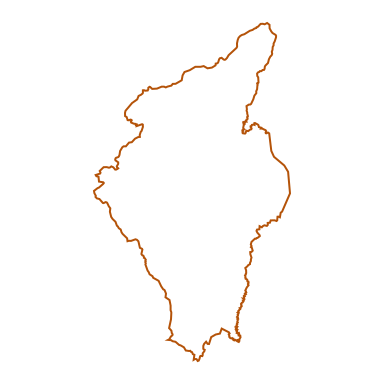 outline of Renacimiento, Chiriquí, Panama
{"feature_id": "35544464B69135506248692", "entity_name": "Renacimiento", "entity_type": "district", "adm_level": 2, "iso_a3": "PAN", "parent_name": "Panama", "parent_adm1": "Chiriquí", "projection": "natural_earth1", "projection_center": [-82.783, 8.748], "detail": "fine", "context": "isolated", "style": "outline", "palette": "amber", "viewbox_px": 384, "rotation_deg": 0, "n_neighbors": 0, "source": "geoboundaries", "source_scale": "gbopen_adm2", "svg_char_len": 6011}
<svg xmlns="http://www.w3.org/2000/svg" viewBox="0 0 384 384"><path d="M269.5,24.8L267.1,23.0L264.7,24.3L262.8,23.8L260.6,23.9L258.0,26.7L256.5,27.3L256.3,28.0L254.4,28.6L252.6,29.9L249.8,30.8L244.4,34.2L241.8,35.0L240.2,36.0L238.6,37.7L237.7,40.0L237.0,43.4L237.1,46.7L236.5,47.9L228.6,55.2L226.9,58.1L225.4,59.6L224.5,59.8L223.6,59.5L221.6,57.8L219.8,58.3L219.1,59.3L218.1,62.6L216.8,63.5L215.7,63.6L215.5,65.4L211.9,67.6L207.5,68.3L203.7,66.1L200.6,66.8L195.3,66.8L189.7,70.2L184.5,72.0L182.6,75.4L181.7,80.3L175.6,83.8L172.7,83.9L171.4,85.6L167.5,86.6L165.8,87.4L164.1,86.7L161.6,86.7L157.0,88.6L152.2,88.9L150.2,87.0L149.5,86.8L148.3,87.8L148.3,89.3L147.7,90.5L145.1,90.7L144.0,90.2L142.9,90.3L142.9,92.8L142.6,93.5L140.8,94.9L138.6,95.9L137.2,99.4L132.1,103.0L125.5,110.8L125.0,112.9L125.1,116.1L126.7,117.1L127.6,120.1L128.2,120.3L130.6,119.6L131.5,119.9L131.7,120.5L130.8,121.7L131.2,122.6L133.9,123.7L135.7,123.9L135.8,124.9L136.8,124.7L136.6,126.1L142.1,124.2L142.8,124.6L142.9,126.9L141.6,130.9L140.7,131.9L139.7,135.1L139.9,136.9L138.1,137.1L135.0,138.7L131.8,142.2L129.0,142.6L125.9,146.3L123.6,146.3L122.3,147.3L120.1,151.0L119.5,154.9L118.8,156.5L118.2,157.1L116.1,157.8L115.5,158.4L115.2,159.7L115.5,160.4L118.2,162.3L118.2,163.9L116.8,166.3L117.0,167.2L118.2,168.3L117.6,168.8L116.1,169.6L115.2,169.6L113.3,167.3L111.3,166.4L109.9,167.5L108.9,167.7L106.7,167.1L103.6,167.2L99.7,171.0L100.5,172.6L100.2,173.5L95.7,175.0L96.4,176.2L98.5,176.7L99.0,181.6L103.3,182.3L103.8,183.0L103.2,183.9L98.9,187.6L97.6,188.1L94.0,190.9L94.4,193.2L95.8,195.8L95.5,196.9L96.9,198.4L99.4,199.0L102.9,203.0L103.6,203.1L105.6,202.1L106.7,202.4L107.3,203.1L108.8,206.3L110.3,208.3L109.9,211.8L111.2,216.9L112.6,219.0L115.5,221.8L116.9,225.7L117.8,226.4L118.8,228.2L120.7,229.5L121.5,232.2L122.6,233.9L127.1,238.3L127.5,241.2L128.9,240.8L131.0,240.9L135.5,239.3L136.9,239.8L138.4,241.3L139.9,247.8L142.0,248.8L142.4,249.5L141.4,254.0L142.3,255.3L143.4,255.7L144.0,257.2L143.9,257.8L144.8,258.2L145.8,259.8L145.3,260.9L145.7,261.4L145.3,262.2L145.8,263.3L145.4,264.4L147.6,270.6L148.7,272.1L149.6,274.3L152.5,276.2L153.2,277.8L158.6,280.8L161.2,286.3L163.2,289.3L164.4,289.9L164.8,290.6L166.0,293.6L165.5,297.3L169.5,300.0L170.6,305.6L170.6,310.2L171.3,312.2L171.3,313.4L171.0,319.3L169.1,328.1L171.4,330.7L171.8,333.0L172.6,334.3L172.4,335.3L170.9,336.5L169.3,339.3L168.1,339.9L171.2,340.2L172.5,341.2L175.5,341.8L179.2,345.0L180.5,345.3L183.9,347.3L185.8,350.5L189.1,351.0L190.3,350.8L191.1,351.9L192.1,352.2L192.8,354.1L194.4,354.8L193.7,359.8L194.9,359.1L196.1,359.0L196.7,359.3L197.7,361.0L198.7,360.6L199.5,358.8L200.1,356.3L200.6,355.9L202.3,356.1L202.7,355.2L202.7,353.3L204.4,351.1L204.7,349.8L203.6,349.3L203.3,348.8L203.3,345.9L204.1,343.9L206.1,341.7L207.6,343.9L209.0,344.0L211.2,337.1L215.7,334.5L219.9,333.6L221.7,328.6L228.9,332.3L229.6,333.5L228.7,334.3L229.5,336.1L229.2,336.8L230.3,338.1L231.5,338.4L232.1,338.1L232.5,338.7L233.2,338.7L233.2,339.8L234.2,340.4L234.9,339.7L236.9,341.0L237.3,340.0L237.8,339.9L238.0,340.3L237.7,341.1L238.7,341.3L238.3,342.7L239.3,341.2L239.5,339.0L240.5,337.4L240.3,335.8L239.4,335.8L239.2,335.1L238.6,335.2L238.6,334.5L239.3,334.4L238.9,333.0L237.7,333.5L236.8,333.0L237.4,332.3L236.8,331.7L237.0,331.0L236.2,330.6L236.2,330.1L237.0,329.7L236.0,329.2L236.6,328.6L236.0,328.0L236.6,327.8L236.4,327.2L237.1,327.2L237.4,326.8L236.3,326.3L236.9,326.0L236.6,325.0L237.3,324.2L236.9,323.3L237.8,322.5L237.3,321.6L237.8,320.2L237.4,319.3L238.2,318.9L237.9,317.6L237.4,317.5L237.5,317.0L237.1,316.8L238.0,315.5L237.7,314.6L238.2,314.2L238.7,312.9L237.7,312.5L238.3,311.9L238.3,311.0L239.1,310.6L239.3,309.6L240.1,309.2L239.8,308.2L240.5,308.3L240.9,307.0L241.6,306.4L241.3,305.8L241.6,305.2L241.2,304.9L241.0,303.9L241.9,302.7L242.5,302.6L243.3,301.6L242.9,300.6L243.8,300.5L244.0,299.3L243.3,298.6L244.3,298.7L243.9,296.7L244.7,296.3L244.1,295.6L245.8,294.3L245.0,293.6L246.2,292.6L245.7,292.0L246.0,291.4L245.3,290.5L246.8,287.4L248.5,285.3L248.0,284.6L248.3,284.1L248.0,283.3L248.6,282.8L248.4,281.6L247.4,281.3L247.2,279.6L245.7,278.8L245.8,278.2L245.3,277.8L245.4,276.1L245.0,275.4L245.8,274.5L245.7,274.0L246.2,273.1L246.1,270.3L245.3,268.0L247.5,266.2L247.9,265.4L250.0,264.1L250.0,262.9L250.9,261.0L250.9,259.4L251.5,257.6L250.4,254.4L250.2,252.1L251.5,251.9L252.7,250.7L251.9,247.9L250.9,247.1L251.6,246.1L250.8,244.5L251.5,241.9L254.9,238.7L255.9,238.8L256.5,238.1L257.5,237.9L259.8,236.1L259.7,235.3L257.4,232.7L256.5,230.9L257.0,229.6L259.4,229.3L259.6,226.2L261.8,227.3L263.0,226.0L264.4,225.3L266.9,225.9L267.8,224.9L267.7,222.9L269.9,222.7L270.7,220.4L274.6,220.3L276.5,221.0L277.2,220.4L277.5,216.7L278.3,216.6L279.9,217.3L280.7,212.7L282.1,211.6L290.0,193.4L288.1,171.8L284.3,165.5L274.0,156.8L271.3,150.9L269.2,133.4L267.9,132.5L266.5,133.3L265.8,133.2L265.6,132.6L266.1,131.0L265.6,130.2L262.2,128.6L260.8,128.6L261.2,127.7L258.9,127.1L258.4,125.1L257.7,124.5L254.9,123.0L254.3,123.2L254.5,124.9L253.6,124.6L251.9,124.9L251.5,126.0L250.6,126.2L250.5,126.9L251.6,128.3L251.3,129.3L250.1,129.6L248.2,131.1L246.3,130.7L245.6,133.0L245.0,133.6L242.9,133.3L242.5,132.8L242.8,132.1L242.4,131.1L243.2,130.8L242.7,130.0L244.1,129.2L243.3,128.6L243.2,127.9L243.7,125.2L244.7,124.0L244.4,123.5L244.0,124.1L243.6,124.0L243.2,122.2L244.0,121.9L244.8,122.7L245.5,121.7L246.4,121.7L245.9,120.7L246.5,120.4L246.5,119.6L247.4,119.2L247.6,118.1L247.1,117.1L247.9,116.2L247.2,113.5L247.2,112.3L246.6,110.7L246.9,109.2L246.5,106.1L248.8,104.6L250.3,104.5L251.1,103.9L253.3,99.3L254.4,95.6L256.3,93.2L256.2,91.3L257.1,89.2L257.4,85.4L257.7,84.9L257.1,83.6L257.4,83.0L258.3,82.9L258.5,82.5L258.2,77.3L257.3,76.0L257.1,73.6L258.0,72.4L259.3,71.9L259.9,71.1L261.4,71.1L262.6,70.0L264.0,69.9L264.6,68.8L264.8,66.8L265.3,65.7L268.0,63.0L268.9,59.3L270.3,56.6L271.6,55.3L272.2,53.8L271.8,51.8L272.5,49.8L272.7,47.0L273.6,45.3L273.6,43.5L274.7,41.4L276.0,37.4L276.1,35.9L275.6,34.9L272.5,33.0L271.2,31.3L269.6,28.3L269.5,24.8Z" fill="none" stroke="#b45309" stroke-width="2"/></svg>